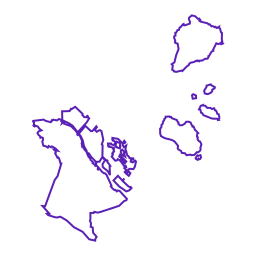 Central 2 Mahe, Mont Fleuri, Seychelles
{"feature_id": "34574756B38092183622343", "entity_name": "Central 2 Mahe", "entity_type": "district", "adm_level": 2, "iso_a3": "SYC", "parent_name": "Seychelles", "parent_adm1": "Mont Fleuri", "projection": "robinson", "projection_center": [55.478, -4.632], "detail": "fine", "context": "isolated", "style": "outline", "palette": "violet", "viewbox_px": 256, "rotation_deg": 0, "n_neighbors": 0, "source": "geoboundaries", "source_scale": "gbopen_adm2", "svg_char_len": 5882}
<svg xmlns="http://www.w3.org/2000/svg" viewBox="0 0 256 256"><path d="M62.3,120.2L59.0,119.0L56.9,120.4L53.3,119.7L52.4,120.6L51.9,120.2L50.8,122.2L45.7,120.9L43.7,119.6L33.2,120.9L33.1,121.6L34.0,122.5L34.0,124.3L33.4,125.4L33.8,126.1L34.7,126.5L35.5,125.6L37.9,126.6L39.4,128.8L41.5,130.3L38.5,131.5L37.5,133.1L38.3,134.7L40.0,136.2L40.4,137.8L41.6,137.3L42.9,138.0L43.0,140.0L42.3,141.5L43.3,145.7L45.9,146.3L47.8,147.6L48.7,146.0L50.7,147.2L51.9,146.4L55.4,148.4L57.7,150.7L54.3,149.9L55.7,151.3L55.8,152.5L55.1,153.2L57.5,157.8L58.2,157.4L59.1,158.4L60.5,163.5L61.3,163.5L57.6,176.1L54.7,180.0L45.1,206.2L42.5,206.0L49.2,213.5L46.9,213.8L48.2,215.1L54.9,217.2L57.0,217.5L60.4,216.7L66.8,220.5L73.8,227.1L82.6,231.8L89.2,239.3L95.2,240.6L95.2,239.2L96.6,236.8L93.1,232.7L92.7,227.5L90.7,226.8L91.0,223.1L89.9,220.8L90.4,219.4L90.4,213.0L93.8,212.9L94.3,211.8L97.6,212.6L100.0,212.1L119.2,205.8L124.0,201.1L126.4,200.2L126.9,198.9L119.6,190.9L117.8,190.5L116.8,191.4L115.4,189.9L114.5,190.1L112.3,188.3L110.8,186.3L111.5,185.7L106.5,174.8L104.8,173.2L103.9,173.2L102.2,172.0L99.2,168.4L98.1,169.6L97.7,169.3L98.1,166.9L96.3,165.5L96.2,161.8L99.5,161.7L102.1,157.3L105.1,160.0L102.5,164.3L102.8,167.1L107.8,171.2L110.0,175.1L109.6,166.7L110.4,166.1L107.0,161.3L107.9,160.0L106.6,160.7L102.4,156.6L102.6,145.2L101.8,144.4L103.3,139.9L101.5,131.3L100.1,130.2L99.1,130.3L96.7,131.8L94.9,130.0L96.9,127.1L96.3,126.3L92.4,131.0L90.9,131.1L85.4,125.9L79.1,133.4L78.1,131.9L86.6,122.5L89.2,118.3L88.0,117.4L88.0,116.5L86.9,115.2L87.8,117.4L84.1,117.0L82.3,114.9L82.6,113.9L75.2,106.8L71.5,109.2L70.9,108.9L69.6,111.1L62.1,111.3L62.3,120.2ZM62.3,120.2L68.8,123.2L72.7,125.8L80.9,136.4L82.8,140.6L84.0,146.1L86.7,150.9L86.7,152.1L83.7,148.5L84.2,147.8L83.1,146.2L82.2,146.8L82.0,146.2L83.1,145.8L83.1,145.3L82.3,145.2L81.7,143.8L82.2,143.4L81.8,142.8L82.2,141.2L80.0,136.0L78.3,134.2L77.7,135.0L77.3,134.7L77.6,133.6L75.6,130.6L70.9,126.1L64.1,123.7L64.3,122.6L63.3,122.1L62.0,123.2L62.4,121.9L61.6,121.3L62.9,120.7L62.3,120.2ZM88.5,156.8L87.0,153.3L87.4,152.8L89.0,153.5L90.9,156.6L95.8,161.7L96.0,165.3L95.1,166.7L95.5,165.6L92.7,163.1L93.2,162.5L90.4,159.7L90.4,158.7L88.5,156.8ZM195.3,16.3L191.8,15.4L189.1,17.7L188.9,19.1L190.0,22.1L189.8,23.6L184.7,25.4L183.8,25.2L183.6,24.0L183.0,24.3L180.3,27.4L179.7,27.5L178.9,29.9L177.5,30.1L176.2,32.6L175.3,32.8L175.5,35.6L174.5,35.9L174.0,37.6L175.3,40.7L174.9,42.1L175.3,42.9L177.6,43.6L178.6,49.0L176.2,55.1L174.4,62.4L171.7,64.2L172.8,65.5L172.2,69.8L173.7,70.6L173.9,71.4L176.2,71.9L182.0,70.5L182.4,71.0L186.5,66.7L189.0,64.8L189.2,63.8L190.5,62.7L193.8,62.1L196.2,60.7L197.0,61.2L197.9,60.5L199.3,61.3L199.7,60.7L202.3,60.5L205.1,58.8L207.4,58.7L208.3,57.7L208.4,56.1L209.0,56.0L211.6,51.6L213.4,50.8L213.1,49.7L216.3,43.3L218.4,44.1L220.6,43.1L221.1,44.2L222.9,43.5L222.2,42.7L221.4,43.1L221.5,42.0L222.3,41.5L221.8,39.3L222.0,33.0L221.1,32.4L219.9,28.3L218.5,27.7L218.8,26.9L216.8,28.0L215.6,26.8L214.8,27.3L212.8,26.1L211.4,26.3L209.6,24.2L208.6,24.4L207.5,23.3L200.6,21.6L199.4,20.8L200.3,20.0L199.2,18.6L197.9,18.9L195.3,16.3ZM169.6,116.5L165.6,116.7L165.3,118.4L164.4,118.9L164.0,120.5L163.1,121.5L162.6,123.9L161.5,124.9L161.3,127.4L160.1,128.7L160.2,133.7L161.0,136.1L164.6,138.1L172.0,140.0L174.6,141.5L178.1,145.9L177.7,148.2L178.3,149.4L181.1,151.0L181.8,152.9L184.8,153.2L186.6,155.2L190.5,154.6L191.3,155.2L194.4,154.9L196.8,152.2L197.8,152.4L199.6,151.3L200.6,149.6L200.4,147.8L201.4,144.2L200.0,141.5L198.8,141.1L197.6,139.3L197.8,137.3L197.0,136.8L197.0,135.7L197.3,133.6L198.2,133.1L194.8,129.6L193.9,127.0L192.6,126.7L192.7,125.8L191.9,125.5L190.6,122.5L188.7,121.7L186.1,121.8L184.8,123.7L182.2,125.2L180.0,125.3L178.4,123.9L178.5,122.4L177.7,121.9L176.8,120.0L171.8,118.2L171.2,117.0L169.9,117.1L169.6,116.5ZM118.5,143.0L120.4,141.2L118.1,138.9L112.4,137.9L112.3,139.2L113.2,139.4L112.8,140.5L115.4,141.7L114.9,143.8L113.4,145.0L110.9,144.3L111.0,143.6L108.0,143.5L108.2,146.0L109.0,146.1L108.9,146.7L113.8,147.8L114.0,148.9L113.2,149.0L114.1,151.3L112.8,152.4L113.2,152.9L112.2,153.9L112.9,154.8L111.7,156.7L115.3,160.7L117.0,160.3L117.8,159.1L119.9,160.5L121.1,159.2L121.5,158.0L119.2,156.6L119.9,155.0L126.3,161.5L124.8,163.3L123.4,162.0L124.1,161.0L122.9,159.5L120.9,161.6L124.5,166.5L125.6,165.8L126.2,167.2L124.4,168.2L125.8,169.5L125.8,170.9L124.7,172.0L125.7,173.1L126.6,171.6L127.4,173.0L126.6,174.0L128.8,175.8L130.4,173.1L128.9,171.8L128.0,169.7L129.7,168.8L133.4,169.1L134.9,166.6L136.0,161.6L135.3,160.7L132.7,162.4L130.7,161.6L130.9,160.0L133.4,159.4L133.3,158.4L129.6,158.1L128.5,156.2L127.3,155.4L126.3,152.0L123.9,153.1L125.1,156.6L121.9,154.5L120.8,152.5L120.9,150.6L122.2,149.6L124.0,151.6L126.1,150.9L125.4,149.2L126.2,145.5L123.9,147.2L123.0,145.6L122.6,144.4L123.0,143.4L124.7,143.1L125.4,142.2L124.2,140.8L122.8,143.3L121.5,142.3L119.7,143.1L120.1,143.4L120.0,146.3L120.4,146.4L119.9,148.4L116.3,147.2L116.5,146.6L115.3,146.0L116.7,141.7L118.7,142.6L118.5,143.0ZM202.7,105.1L200.8,105.8L199.0,109.4L200.4,109.7L201.0,112.7L202.3,113.2L203.4,115.2L212.1,118.6L217.4,118.8L218.3,119.3L218.1,120.0L218.9,119.9L218.5,119.2L219.3,118.4L219.3,117.0L218.7,114.3L217.2,113.7L216.8,112.1L215.8,110.4L214.9,110.2L214.2,108.3L213.0,108.4L213.0,108.0L212.7,108.8L212.0,109.0L210.3,107.9L207.2,107.9L205.4,105.8L202.6,105.5L202.7,105.1ZM131.5,188.1L130.8,187.5L131.1,186.4L130.3,187.4L128.2,186.2L122.8,181.1L124.3,178.5L122.5,180.6L117.9,175.8L113.5,180.5L119.1,186.4L126.3,191.4L129.2,190.4L131.5,188.1ZM210.8,84.4L206.6,85.6L206.5,86.9L204.1,90.8L204.8,93.5L207.8,94.1L210.6,92.9L212.2,91.3L212.2,89.7L214.6,88.3L214.9,87.2L211.6,85.4L210.8,84.4ZM200.4,155.1L198.0,155.9L197.4,155.4L195.6,158.0L195.8,158.7L197.5,159.8L198.4,158.7L198.9,159.4L200.2,158.9L201.1,157.3L200.4,155.1ZM196.0,95.5L193.2,94.2L192.0,95.2L192.7,98.7L196.1,98.2L196.0,95.5Z" fill="none" stroke="#5b21b6" stroke-width="2"/></svg>